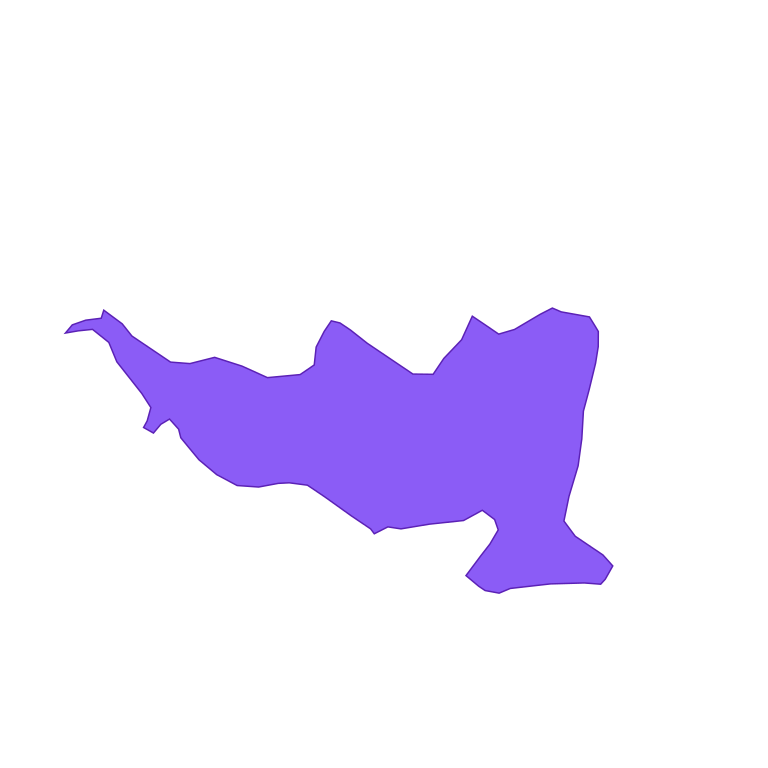 Kruševo, orthographic projection, rotated 124°
{"feature_id": "MKD-2942", "entity_name": "Kruševo", "entity_type": "Statistical Region", "adm_level": 1, "iso_a3": "MKD", "parent_name": "North Macedonia", "parent_adm1": "", "projection": "orthographic", "projection_center": [21.26, 41.341], "detail": "fine", "context": "isolated", "style": "filled", "palette": "violet", "viewbox_px": 768, "rotation_deg": 124, "n_neighbors": 0, "source": "natural_earth", "source_scale": "10m", "svg_char_len": 1283}
<svg xmlns="http://www.w3.org/2000/svg" viewBox="0 0 768 768"><g transform="rotate(124 384 384)"><path d="M422.1,91.4L428.8,92.4L437.0,106.8L456.7,134.3L482.9,165.0L493.0,171.6L498.7,184.7L498.7,192.4L497.0,208.9L472.4,207.7L457.5,206.7L441.1,207.7L434.5,216.5L433.7,231.9L452.7,241.7L474.9,268.1L494.6,288.9L500.3,300.9L513.6,308.3L511.6,314.1L511.6,337.1L510.7,370.0L510.7,390.9L518.9,407.3L525.5,416.1L539.5,430.3L550.3,449.0L552.7,472.0L550.3,495.0L546.1,509.3L542.2,522.4L536.3,529.0L533.0,542.2L542.2,546.5L553.6,547.7L554.5,559.0L547.0,559.7L533.9,564.1L527.3,579.5L515.0,617.9L503.4,635.4L501.7,656.2L510.9,667.2L519.9,676.6L509.3,675.5L497.9,667.0L487.6,655.2L479.5,657.6L480.5,634.7L485.2,619.8L485.2,592.2L485.2,573.2L475.6,556.3L456.6,539.3L448.6,511.8L443.9,484.2L423.1,458.8L407.2,452.5L391.3,460.9L373.8,463.0L361.1,463.0L358.0,454.6L358.0,441.9L359.6,420.7L359.6,391.0L359.6,365.6L348.5,348.7L329.3,348.7L303.9,344.4L278.4,348.7L278.4,333.8L278.5,316.8L265.8,306.3L238.9,293.5L226.9,286.9L225.1,277.4L213.5,251.2L217.7,241.9L220.6,235.7L233.2,227.3L248.5,220.2L274.4,210.6L295.0,203.5L319.1,189.2L321.0,188.3L343.3,177.3L373.7,167.8L397.0,158.2L403.3,140.3L403.3,120.1L403.3,106.9L406.9,92.6L422.1,91.4Z" fill="#8b5cf6" stroke="#5b21b6" stroke-width="1.5"/></g></svg>